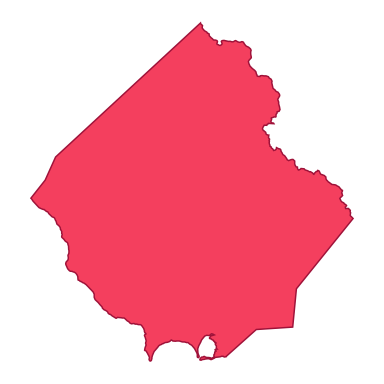 Rigo District, Central, Papua New Guinea (Albers equal-area conic projection)
{"feature_id": "67681753B71555956304677", "entity_name": "Rigo District", "entity_type": "district", "adm_level": 2, "iso_a3": "PNG", "parent_name": "Papua New Guinea", "parent_adm1": "Central", "projection": "albers", "projection_center": [147.903, -9.673], "detail": "fine", "context": "isolated", "style": "filled", "palette": "rose", "viewbox_px": 384, "rotation_deg": 0, "n_neighbors": 0, "source": "geoboundaries", "source_scale": "gbopen_adm2", "svg_char_len": 5970}
<svg xmlns="http://www.w3.org/2000/svg" viewBox="0 0 384 384"><path d="M353.1,218.5L352.0,217.3L350.6,216.0L350.2,215.3L350.6,212.7L350.1,211.7L350.3,210.3L349.2,209.4L348.6,208.5L345.6,208.5L345.3,207.0L346.6,205.7L346.5,205.4L345.6,204.5L344.7,204.1L344.1,203.5L343.8,202.9L341.7,201.8L340.7,200.5L340.5,199.7L339.8,198.6L340.5,197.4L341.2,197.0L342.6,195.5L342.2,194.4L342.2,193.9L341.6,193.0L342.5,190.8L342.4,190.3L341.7,190.2L338.8,186.7L337.4,186.1L336.0,185.1L335.0,184.8L331.6,184.4L331.0,183.7L330.1,183.2L329.5,182.5L328.6,182.2L327.3,180.7L326.7,180.2L326.0,178.9L325.8,176.9L325.0,176.3L324.5,175.6L321.9,174.6L321.3,174.5L320.4,173.8L319.2,171.1L318.3,170.6L317.7,170.4L317.2,171.3L316.2,171.5L314.2,173.5L313.9,174.3L313.7,174.3L312.6,173.0L310.5,171.7L309.4,171.8L308.8,171.3L307.0,170.5L305.2,170.0L304.1,168.8L301.0,168.5L300.4,169.2L298.8,170.0L298.4,170.0L297.6,168.8L297.4,167.0L296.6,167.0L296.1,166.8L295.1,165.2L294.7,163.8L294.7,161.0L293.1,159.5L292.6,159.4L291.1,159.6L288.7,160.6L287.1,159.7L286.7,158.6L285.2,156.5L284.6,155.7L282.9,154.6L282.5,153.9L282.2,153.1L281.0,151.2L280.9,150.1L280.4,149.3L279.8,148.9L278.8,148.8L276.5,147.6L276.2,149.2L275.4,150.0L273.7,150.5L272.5,148.6L271.8,148.3L271.2,147.5L271.2,147.0L270.8,146.6L270.0,146.3L269.9,145.0L269.4,144.0L269.2,142.4L269.4,141.5L269.1,140.7L269.2,140.1L269.5,139.9L269.5,139.0L268.9,138.4L268.5,137.7L268.8,135.1L268.0,135.1L266.4,134.4L266.0,133.7L265.7,132.3L263.1,130.1L262.6,129.3L262.5,128.6L262.8,127.6L264.2,125.2L266.8,125.3L267.2,124.3L268.6,123.7L268.6,123.4L273.9,123.7L273.7,123.3L272.9,122.9L271.8,123.0L271.4,122.6L270.8,121.3L271.6,119.6L271.2,118.2L271.5,117.8L272.4,117.7L274.1,116.9L275.7,117.0L276.1,116.1L275.9,115.0L276.4,113.9L277.0,113.2L277.2,111.7L278.9,111.4L279.3,111.0L279.6,110.2L280.0,109.7L279.5,106.8L279.0,105.2L278.6,103.4L278.7,102.1L277.8,99.7L277.8,99.2L279.7,95.8L279.5,94.4L278.0,92.2L276.7,91.7L276.0,91.3L274.8,89.7L273.5,88.8L273.0,88.2L271.8,83.0L271.7,82.3L272.0,81.8L272.0,81.1L271.1,79.2L269.2,78.0L268.4,76.7L266.1,75.9L263.9,75.9L262.4,75.6L261.5,75.6L260.3,75.8L260.0,76.5L257.7,76.3L257.2,76.0L256.9,74.8L256.4,73.9L255.9,71.8L254.6,70.3L252.3,68.5L250.0,66.1L248.9,63.6L248.4,61.5L249.0,60.3L251.2,57.9L251.3,57.3L250.7,54.1L250.7,51.9L251.1,50.3L250.5,48.9L248.6,47.2L246.4,46.2L245.5,45.4L244.1,43.5L243.5,42.3L242.9,41.9L242.2,41.7L241.6,41.7L240.1,42.3L239.3,42.3L237.7,41.8L235.7,40.6L234.9,40.8L233.6,41.6L233.0,41.8L231.9,41.8L230.1,41.3L228.4,41.4L224.0,40.4L222.3,40.6L221.7,40.9L221.3,41.5L221.9,43.0L222.1,43.8L221.4,44.8L220.0,45.5L219.2,45.3L218.3,44.7L217.2,44.4L216.9,43.6L217.5,41.7L217.0,40.6L215.6,40.1L213.8,40.0L213.3,39.8L212.4,38.7L211.4,38.0L209.3,35.8L209.1,33.9L208.0,33.3L207.4,33.2L207.2,32.7L206.8,32.1L204.4,30.7L202.3,28.2L202.2,27.5L202.5,25.5L200.6,23.7L200.5,23.0L55.6,157.0L45.2,180.1L30.9,198.2L31.8,199.2L33.0,201.1L39.0,207.6L41.2,208.7L43.4,209.5L44.1,209.5L46.5,211.5L47.5,211.7L48.0,212.2L48.8,213.6L52.1,216.8L54.1,217.6L54.7,218.3L55.3,219.9L56.1,221.3L56.9,224.0L57.7,224.8L58.6,225.4L60.0,227.2L60.3,227.8L60.4,229.2L61.7,231.4L61.7,233.5L62.2,234.3L62.0,235.4L61.7,236.0L61.7,236.9L62.0,237.5L64.1,239.5L64.8,240.6L65.6,241.4L67.2,242.4L67.8,243.3L68.0,244.7L68.5,245.9L68.7,249.7L69.0,250.6L68.9,253.3L68.0,255.2L68.0,255.8L68.3,257.5L68.2,259.1L67.9,260.0L66.1,262.1L65.7,263.6L65.9,264.7L67.7,268.8L69.3,270.6L70.2,271.2L72.3,271.4L73.1,271.9L74.4,272.2L75.8,273.2L77.0,274.8L77.5,275.9L77.8,276.6L78.0,279.5L78.2,280.1L79.2,280.4L80.3,281.4L81.3,281.6L82.6,282.6L84.0,283.1L86.2,284.7L93.1,291.9L94.2,294.2L94.2,297.3L94.9,299.1L95.3,299.8L98.2,302.5L100.0,304.7L101.7,306.5L102.3,307.4L102.4,308.1L104.0,309.7L106.1,310.7L107.1,311.4L107.9,312.4L108.1,313.1L108.6,313.7L109.7,314.3L110.1,314.3L111.3,315.1L112.0,315.8L115.9,318.2L116.4,318.2L117.5,317.4L121.6,317.8L122.2,318.0L124.1,318.0L124.8,318.5L127.3,320.9L128.7,321.6L130.1,323.2L131.4,323.8L134.0,323.5L135.1,324.1L136.8,324.1L138.2,324.6L140.7,324.7L141.7,325.6L143.7,328.5L144.4,330.6L144.4,331.5L144.8,332.5L145.8,333.5L145.9,334.0L145.5,334.3L145.1,334.3L144.5,335.2L144.5,335.7L145.1,337.0L146.1,340.5L146.1,341.4L145.7,342.5L145.6,343.4L146.1,345.0L145.1,347.6L144.6,350.2L145.0,350.6L145.4,350.6L146.4,351.3L146.8,352.2L147.4,353.1L148.0,354.4L148.8,355.8L149.1,356.7L149.4,357.2L149.4,358.1L149.1,359.0L149.1,359.6L149.6,360.7L150.2,361.0L150.7,361.0L151.4,360.3L151.9,358.4L151.9,357.4L152.6,355.0L154.1,351.5L157.7,347.3L158.6,346.0L159.5,345.2L161.5,344.4L162.4,343.7L163.0,343.7L165.0,342.6L167.4,342.3L169.2,341.7L170.4,340.9L171.2,340.0L172.5,340.6L172.8,341.0L175.6,341.2L176.7,341.0L179.3,341.0L182.2,341.9L184.8,342.0L186.6,342.6L188.1,342.6L189.7,344.1L191.7,345.2L194.5,348.5L196.8,352.8L197.3,354.5L197.3,356.9L197.6,357.4L198.5,357.6L199.1,357.0L199.1,356.1L198.1,353.8L198.1,353.3L197.9,352.8L197.7,348.9L198.7,345.9L200.8,341.9L201.4,340.3L202.3,339.0L204.7,336.1L206.7,335.3L209.4,335.6L211.0,334.1L211.4,333.8L212.7,334.0L214.3,334.9L212.5,335.5L211.4,335.5L210.7,336.2L210.5,336.7L209.5,337.8L209.5,338.2L210.2,338.8L211.2,338.9L212.3,339.9L213.1,340.1L213.6,340.6L213.6,341.0L214.4,341.6L214.8,342.4L215.1,342.8L215.6,342.5L216.0,343.0L215.4,343.8L215.4,344.7L216.3,345.6L216.4,347.1L216.3,348.1L216.4,348.4L217.1,349.1L215.7,349.3L215.1,349.6L215.1,350.0L215.4,350.4L216.1,350.9L216.1,351.1L215.7,351.4L215.1,351.7L214.8,352.0L214.5,354.0L213.9,354.8L213.9,355.7L214.2,356.2L214.0,356.6L213.3,357.4L211.8,358.3L210.0,357.7L208.4,357.5L206.8,357.5L205.2,357.0L204.6,356.5L203.8,356.5L203.0,357.0L201.7,357.1L201.0,357.6L199.9,359.2L199.9,359.8L200.2,360.1L201.5,360.1L202.5,359.5L204.0,359.4L205.5,359.0L207.1,358.8L209.2,358.8L210.6,359.5L211.5,359.5L214.6,358.0L215.1,357.5L215.9,357.3L220.2,356.8L221.5,356.3L223.2,356.3L224.0,356.9L224.9,357.0L225.6,356.7L226.3,356.6L226.3,356.3L256.3,329.5L292.7,327.1L296.4,288.8L353.1,218.5Z" fill="#f43f5e" stroke="#9f1239" stroke-width="1.5"/></svg>